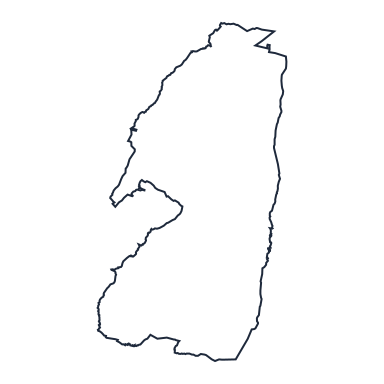 outline of Cuca, Arges, Romania
{"feature_id": "2599482B86773297924041", "entity_name": "Cuca", "entity_type": "district", "adm_level": 2, "iso_a3": "ROU", "parent_name": "Romania", "parent_adm1": "Arges", "projection": "equal_earth", "projection_center": [24.49, 44.95], "detail": "fine", "context": "isolated", "style": "outline", "palette": "slate", "viewbox_px": 384, "rotation_deg": 0, "n_neighbors": 0, "source": "geoboundaries", "source_scale": "gbopen_adm2", "svg_char_len": 5981}
<svg xmlns="http://www.w3.org/2000/svg" viewBox="0 0 384 384"><path d="M247.7,338.9L251.7,329.4L254.1,329.1L255.4,328.4L258.0,323.6L258.0,322.7L257.0,321.2L256.9,318.3L257.2,317.4L258.9,315.1L259.8,306.7L260.4,305.8L261.6,299.0L261.1,297.8L260.4,294.1L260.4,290.5L261.1,282.7L260.6,281.4L262.2,274.1L262.4,268.3L264.3,267.1L266.1,264.8L266.2,262.8L267.9,260.8L267.1,259.3L268.0,258.5L267.6,257.7L266.8,257.6L267.4,253.7L268.6,252.9L269.0,252.3L268.8,250.2L270.0,250.7L270.1,249.9L269.7,249.3L268.0,248.8L268.0,248.3L270.6,247.7L269.9,246.3L270.7,245.1L271.3,243.0L270.9,242.3L270.1,242.2L269.6,239.3L269.6,238.2L270.3,237.3L270.0,236.2L271.2,236.0L271.3,235.5L270.1,235.1L270.2,234.7L271.2,234.2L271.4,233.7L270.7,233.0L270.9,230.9L270.5,229.1L269.9,228.2L272.2,228.6L272.5,228.4L271.9,227.9L272.5,225.9L271.9,224.7L271.2,222.2L269.7,219.0L269.6,217.6L270.3,216.4L269.8,215.9L269.8,213.2L270.3,212.0L272.0,210.7L273.5,204.8L274.6,203.6L275.3,201.6L275.2,199.5L276.3,194.3L277.0,193.4L276.8,192.3L277.4,191.3L277.9,188.6L277.8,185.8L278.8,181.7L280.0,178.8L278.8,174.9L279.4,173.5L277.9,164.1L274.0,148.0L274.0,146.1L274.6,144.8L274.6,139.2L275.3,136.8L275.6,130.5L276.9,124.2L277.7,122.6L278.6,118.0L279.7,116.4L280.1,114.6L281.4,112.1L281.4,110.7L280.2,106.7L280.6,104.5L280.4,100.4L280.6,99.3L282.8,94.4L283.2,91.1L282.2,88.1L281.8,85.6L281.4,80.7L281.7,76.0L281.9,74.7L285.9,68.6L286.2,66.2L286.4,61.7L285.9,56.5L275.2,53.1L269.0,52.1L269.6,49.4L269.5,46.7L269.7,45.1L267.6,44.7L267.2,46.0L267.5,48.4L255.4,45.5L261.5,41.3L274.1,31.4L261.8,29.6L257.5,28.1L256.4,28.0L254.7,29.0L252.8,28.6L247.1,31.1L237.6,24.9L236.6,25.0L233.6,23.7L230.3,24.2L228.4,23.8L226.5,24.3L224.3,23.1L222.4,23.6L221.2,23.0L220.0,24.9L219.9,25.6L220.7,26.6L218.1,29.6L217.0,30.6L216.7,30.2L216.8,29.8L216.0,29.6L214.9,30.2L213.2,33.2L209.3,35.7L209.8,37.2L208.8,41.5L208.9,42.0L210.3,43.6L210.6,44.3L210.6,45.5L211.4,46.9L210.0,45.7L208.1,45.2L207.1,46.3L206.2,46.6L205.6,48.1L203.7,48.3L203.9,48.6L201.0,49.0L196.8,51.4L195.2,51.5L193.0,51.1L191.5,51.4L191.9,52.3L190.5,52.9L186.9,58.3L185.5,60.0L184.2,60.8L181.8,64.5L180.3,65.7L176.3,67.3L174.8,69.2L174.6,70.7L174.1,71.4L172.5,72.8L171.2,73.1L170.3,74.8L169.3,74.9L168.4,75.8L167.5,76.0L166.9,76.6L166.4,77.9L162.7,80.7L162.7,81.6L162.1,82.7L162.4,84.0L162.3,85.5L161.6,86.9L161.9,87.7L161.6,88.4L161.8,89.1L161.0,90.5L159.7,91.5L159.9,93.6L159.6,94.6L158.9,95.2L157.2,99.6L155.5,101.8L155.3,102.4L154.8,103.1L153.9,103.4L152.6,104.9L151.3,105.4L150.9,106.2L149.4,106.8L148.3,109.0L146.2,110.4L145.8,111.7L145.0,111.9L144.1,112.8L142.8,112.0L142.2,112.1L140.6,113.0L139.0,114.6L138.5,115.5L138.5,117.0L137.8,118.8L137.3,119.3L135.8,119.9L135.8,121.1L134.5,123.6L134.6,125.6L134.4,126.2L131.4,128.2L136.4,129.7L136.0,130.8L131.0,129.6L131.3,130.5L131.5,134.6L128.1,141.0L130.6,141.7L131.3,142.3L131.4,145.9L134.8,149.3L134.7,151.5L129.5,159.3L127.7,165.6L126.4,167.8L125.7,168.5L125.5,172.8L122.6,176.1L121.2,179.1L119.0,184.8L117.7,186.5L115.6,188.2L113.7,190.5L112.9,192.7L112.2,193.7L112.4,194.8L110.6,196.6L110.2,198.0L112.8,200.9L113.0,201.4L114.4,202.4L112.6,203.8L115.3,206.8L119.0,202.3L121.9,200.5L124.0,197.8L127.6,194.6L132.2,196.2L132.7,195.8L131.5,194.2L131.7,193.4L133.3,191.6L135.2,191.1L136.2,189.8L137.3,189.6L140.4,190.5L142.1,189.8L144.4,190.4L144.5,189.9L142.5,189.2L140.2,187.9L139.1,188.1L139.6,186.8L139.0,186.5L139.5,185.4L139.0,185.0L139.8,182.5L140.6,181.1L141.9,180.0L143.5,181.3L145.3,182.2L146.9,181.2L150.5,182.8L153.7,185.6L155.2,187.9L157.9,189.7L164.6,192.0L166.6,196.6L168.0,196.2L171.4,199.4L173.6,200.9L174.9,200.4L178.7,202.7L179.0,203.6L179.9,204.6L181.2,205.8L182.4,206.4L182.0,208.7L181.5,211.0L180.4,213.2L179.6,214.2L177.8,215.5L174.9,219.1L172.5,220.1L168.2,222.7L166.7,223.1L163.8,225.7L159.5,228.0L157.0,228.7L154.9,228.4L153.9,229.1L152.4,229.6L151.8,229.5L151.4,229.0L150.8,229.9L150.6,231.6L149.4,232.8L148.5,232.6L148.2,232.8L147.8,233.9L148.0,234.8L147.4,236.1L145.9,237.6L145.6,239.4L146.0,240.0L146.0,240.6L144.8,242.9L144.0,243.6L143.0,243.9L142.7,244.2L142.8,244.7L142.0,244.9L141.5,245.5L141.0,245.3L140.3,245.5L139.7,244.8L138.7,244.4L139.4,245.8L139.5,246.7L137.8,249.1L138.1,249.7L136.4,251.4L135.9,252.4L136.1,253.5L135.9,254.2L133.3,256.5L132.2,256.5L132.0,256.0L131.0,255.5L130.5,256.2L129.5,256.0L126.9,258.0L123.3,261.3L122.5,263.1L121.8,266.0L121.0,267.0L118.2,267.4L118.3,268.2L116.2,268.6L114.4,269.7L112.4,269.3L111.3,269.5L111.5,269.9L114.7,271.2L115.5,272.3L115.5,273.5L116.1,274.7L115.5,276.0L114.9,280.9L114.4,282.2L113.5,283.3L110.4,284.4L108.6,286.9L107.2,288.2L104.0,292.8L103.6,294.1L104.0,295.0L103.4,295.9L103.3,296.7L101.6,297.7L100.0,299.5L99.6,300.6L99.6,302.2L98.5,302.9L99.0,304.5L98.2,305.7L98.2,306.9L97.6,307.9L98.5,308.8L98.7,309.8L98.6,310.5L98.1,311.1L98.7,312.0L98.5,314.2L99.3,315.0L99.0,315.6L99.3,315.9L99.2,316.4L99.5,317.9L99.4,318.9L99.6,320.0L98.9,321.2L99.3,321.7L99.3,322.2L99.7,322.6L100.1,324.1L99.9,324.7L99.1,324.7L98.8,325.0L100.0,327.6L99.0,328.4L98.7,329.4L97.9,329.8L98.2,330.8L99.9,331.4L101.5,332.6L103.3,334.5L104.0,335.5L106.0,335.9L105.7,337.0L106.5,337.8L115.3,339.2L117.8,339.9L117.1,341.1L119.4,342.3L122.2,344.4L123.6,344.3L125.2,345.3L125.5,345.0L125.6,344.2L127.4,344.9L127.7,344.0L128.7,343.5L128.9,343.6L129.0,344.5L129.9,344.3L130.3,345.4L132.7,346.0L132.7,345.3L133.4,345.6L134.3,345.2L134.0,345.9L134.3,346.2L135.9,345.8L136.6,346.0L137.3,345.2L138.1,345.4L139.1,344.7L140.4,344.5L144.1,340.4L145.5,339.4L147.4,338.7L150.4,334.8L157.4,338.7L166.8,337.6L173.8,339.5L174.9,339.5L175.8,340.1L179.3,341.0L178.2,342.2L177.0,345.4L175.8,346.0L174.5,348.2L174.4,349.4L174.8,349.4L174.9,350.2L174.7,352.6L176.7,353.3L177.7,353.0L178.9,353.8L180.8,353.9L181.8,353.5L182.7,353.9L184.3,353.6L185.4,354.1L186.6,353.6L189.4,353.6L192.0,354.6L193.5,354.6L195.6,355.8L198.0,355.8L200.8,354.0L204.6,354.6L206.1,355.1L211.7,359.3L215.0,361.0L219.1,359.4L222.2,359.7L235.7,359.4L247.7,338.9Z" fill="none" stroke="#1e293b" stroke-width="2"/></svg>